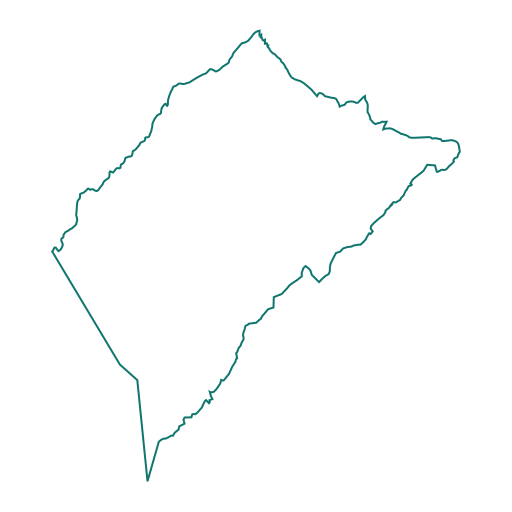 Tehuipango, Veracruz, Mexico
{"feature_id": "50627088B27268418868479", "entity_name": "Tehuipango", "entity_type": "district", "adm_level": 2, "iso_a3": "MEX", "parent_name": "Mexico", "parent_adm1": "Veracruz", "projection": "natural_earth1", "projection_center": [-97.047, 18.52], "detail": "fine", "context": "isolated", "style": "outline", "palette": "teal", "viewbox_px": 512, "rotation_deg": 0, "n_neighbors": 0, "source": "geoboundaries", "source_scale": "gbopen_adm2", "svg_char_len": 5947}
<svg xmlns="http://www.w3.org/2000/svg" viewBox="0 0 512 512"><path d="M137.3,380.1L147.5,481.3L158.8,441.8L160.8,440.1L162.7,438.9L166.3,438.4L171.4,435.6L173.0,435.7L174.7,432.7L178.6,429.6L179.2,426.4L184.5,423.7L183.5,419.5L184.7,417.5L191.4,417.3L192.2,414.5L193.3,414.0L195.3,414.2L196.8,413.2L201.8,407.6L203.8,403.1L205.3,400.6L206.1,400.1L209.0,403.2L209.8,402.1L209.5,400.2L212.4,399.1L210.9,396.0L209.8,391.9L210.7,392.4L213.7,391.9L216.2,389.4L218.0,386.9L220.3,383.4L221.2,379.9L223.0,380.6L223.8,380.3L229.0,373.9L232.2,366.8L235.3,362.0L236.0,359.4L237.1,358.3L236.2,353.1L237.0,352.3L238.9,347.6L240.5,345.9L241.6,342.7L243.4,339.7L243.6,337.9L243.0,335.0L243.3,333.0L244.6,329.6L245.3,326.3L246.2,325.5L247.9,324.7L248.8,323.7L256.3,322.7L259.0,320.1L260.9,318.8L262.0,316.4L268.2,309.2L273.5,307.5L273.8,297.1L281.7,294.0L287.1,288.3L289.4,285.4L292.6,283.0L296.8,280.3L301.8,276.3L301.7,272.9L303.4,268.1L305.4,266.1L307.1,267.2L309.0,268.8L310.4,270.4L311.8,274.9L319.1,282.1L322.4,278.6L325.5,275.9L328.6,274.2L329.8,271.4L329.9,267.0L330.7,263.4L332.8,259.1L336.0,253.0L340.2,251.6L343.0,248.5L347.5,247.0L351.4,246.6L354.0,245.4L358.6,244.7L360.5,244.7L363.3,242.1L365.8,239.4L366.9,237.0L369.2,233.3L370.6,234.0L372.7,231.4L370.6,228.5L371.1,226.1L373.8,223.1L378.9,218.6L383.5,215.1L385.3,212.3L385.6,210.6L386.9,209.4L388.5,208.3L390.2,206.3L391.6,205.0L391.0,204.9L393.5,202.1L395.7,202.5L400.1,199.9L401.2,197.8L403.1,196.0L403.8,195.0L405.8,190.5L407.1,189.4L407.3,188.4L408.1,187.2L408.6,186.1L410.6,185.6L411.7,185.0L411.7,184.5L410.4,183.6L412.4,179.9L415.0,177.6L423.5,170.9L427.2,164.8L435.0,165.4L436.8,171.8L437.7,171.8L439.4,171.0L441.0,170.0L442.5,169.7L444.1,170.1L445.6,169.7L446.7,168.9L448.0,167.5L449.0,166.2L449.9,165.4L451.5,164.2L453.9,161.6L453.8,161.4L453.4,160.3L453.9,159.3L454.7,158.3L455.8,157.8L457.3,157.2L457.6,156.5L457.9,155.3L458.3,154.3L459.0,152.9L459.8,151.9L459.6,150.5L458.9,146.0L457.9,143.2L457.0,142.2L455.9,141.5L454.2,140.7L452.9,140.5L451.6,140.1L448.9,140.5L443.2,141.1L442.1,141.0L441.5,140.2L440.6,139.1L438.4,138.9L437.1,138.4L434.8,138.2L432.2,138.6L431.0,137.6L429.1,137.1L414.0,137.8L410.9,137.7L409.1,137.2L408.1,136.3L406.6,135.4L404.8,134.9L403.0,134.2L401.2,133.9L398.3,132.1L396.2,131.1L394.6,130.1L392.3,129.0L390.1,128.3L387.6,128.5L385.5,128.6L383.3,129.4L384.1,126.6L384.7,125.3L385.9,123.3L386.6,121.7L383.5,121.9L382.5,121.6L379.6,123.0L378.5,123.1L377.3,123.4L375.6,124.1L374.5,123.5L373.3,122.7L372.4,121.8L371.7,120.8L370.4,119.3L370.1,117.9L369.9,116.8L369.3,115.2L368.5,113.6L367.5,112.0L367.6,109.5L367.8,105.6L367.4,103.5L366.6,101.8L365.7,100.5L365.2,99.3L365.1,97.7L365.0,96.1L364.2,96.6L363.2,97.3L362.0,98.5L360.8,99.8L359.6,100.9L358.1,102.6L356.3,102.9L355.1,102.3L353.3,101.7L351.8,101.4L349.7,101.6L348.3,101.8L346.7,102.3L345.6,103.4L344.9,104.6L343.8,105.1L342.4,105.4L341.0,105.9L339.7,106.6L339.1,104.5L338.7,103.4L337.3,101.1L336.3,99.1L334.8,98.2L333.2,97.9L331.6,97.8L324.9,96.2L322.8,94.0L321.7,93.5L319.9,93.0L318.6,93.5L317.0,96.2L311.8,90.0L306.4,85.2L305.4,84.5L303.9,83.2L300.8,81.3L299.3,80.7L297.9,80.5L296.5,79.8L294.8,79.4L293.3,78.4L292.0,77.7L291.1,76.8L289.5,74.3L288.0,71.5L287.4,69.9L286.1,68.2L285.5,67.8L285.5,67.0L284.9,65.8L283.8,64.1L283.0,63.1L281.8,62.2L281.1,61.1L280.5,59.5L279.7,58.7L278.7,58.0L278.0,57.6L276.6,56.2L276.1,55.6L274.9,54.3L273.8,53.7L272.6,53.2L271.9,52.3L270.6,51.0L269.5,49.3L269.1,48.2L268.2,47.5L267.5,46.7L268.3,45.4L267.2,44.9L266.9,43.4L265.6,43.6L265.2,42.6L264.9,42.9L264.9,41.5L265.0,39.7L263.4,40.5L262.6,40.0L262.1,38.5L261.4,37.0L261.3,35.3L260.4,36.6L259.9,34.8L259.5,35.0L259.5,30.7L256.8,31.5L254.9,32.7L253.4,34.2L251.3,37.1L248.1,40.8L245.6,42.2L243.6,42.9L241.8,43.3L240.4,44.8L238.5,47.2L237.2,48.6L235.4,50.8L234.0,52.3L233.0,53.9L232.3,56.0L231.3,57.5L229.8,59.1L229.4,60.0L228.7,62.6L228.0,63.3L222.9,66.5L219.6,69.6L216.8,71.3L215.3,71.4L213.9,70.3L212.3,69.6L210.8,69.1L209.7,69.4L208.6,70.6L207.4,72.0L206.2,73.2L204.7,73.9L202.6,74.6L196.0,78.2L194.0,79.5L192.0,80.7L190.2,82.0L188.2,82.8L186.5,83.2L185.0,83.8L183.7,84.0L181.8,83.9L180.6,83.5L179.8,83.5L178.9,83.6L177.7,84.4L176.3,85.6L174.5,86.2L173.2,86.9L172.7,88.0L172.0,89.9L171.3,90.9L170.6,92.3L169.2,96.0L168.3,99.1L168.0,100.6L167.9,102.2L167.9,103.9L167.7,105.0L167.2,105.8L166.6,105.5L166.0,104.3L165.6,103.8L165.0,104.0L164.2,104.6L163.5,105.6L162.4,107.0L161.6,108.4L161.4,109.5L161.1,111.4L160.9,113.1L160.1,113.9L159.3,114.4L158.5,114.5L157.2,115.5L156.1,116.8L154.4,119.3L153.9,120.5L153.0,122.2L152.5,123.6L152.3,125.6L152.2,126.9L151.5,129.8L151.3,131.0L150.8,132.3L150.2,133.5L149.8,134.9L149.1,136.5L148.1,137.2L146.9,137.4L145.7,137.4L145.3,137.8L145.1,138.4L145.1,139.4L145.0,140.0L144.4,140.9L143.6,141.4L142.6,141.7L141.6,142.2L140.4,142.9L139.9,143.8L139.5,144.9L135.9,149.1L134.4,150.4L133.1,150.9L132.7,151.7L132.3,154.6L131.6,156.0L130.5,156.5L128.3,156.7L127.1,157.4L126.0,157.5L125.2,158.4L125.0,159.6L124.3,161.7L123.4,163.0L122.3,163.9L121.0,164.5L120.6,165.9L120.5,167.7L119.5,168.3L118.4,168.1L116.7,168.3L115.5,169.4L114.9,170.4L113.0,172.5L112.1,172.2L111.2,171.7L110.1,171.4L109.4,172.7L109.6,174.1L109.2,177.2L108.2,178.4L106.8,179.2L105.2,180.4L104.1,181.4L103.4,182.4L103.0,183.6L102.3,184.8L101.1,186.2L100.3,187.2L98.4,189.9L97.0,191.0L95.6,190.8L94.5,190.3L93.3,189.3L92.5,189.2L91.5,189.4L90.1,189.8L89.1,188.9L88.0,188.6L87.0,189.5L86.1,190.6L84.8,191.7L83.3,192.8L81.6,193.3L80.2,194.0L80.0,194.8L80.1,196.1L79.7,198.5L78.5,199.7L77.5,201.3L77.2,203.3L76.9,205.1L76.8,208.0L76.2,215.3L77.1,218.7L77.2,220.5L76.6,222.2L76.3,223.8L75.4,225.3L73.4,227.1L71.6,228.6L70.4,229.0L68.4,230.6L67.3,231.1L65.3,232.3L63.6,234.7L63.4,236.9L62.9,237.6L61.5,238.6L61.2,240.0L61.5,241.2L62.7,244.0L62.6,245.7L61.8,247.6L60.7,249.4L58.7,251.1L57.9,250.5L55.7,247.5L54.6,247.5L53.8,248.6L53.2,250.3L52.2,251.5L119.9,364.6L137.3,380.1Z" fill="none" stroke="#0f766e" stroke-width="2"/></svg>